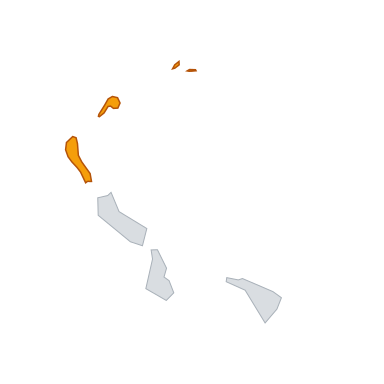 location of South Caicos and East Caicos within Turks and Caicos Islands, rotated 211°
{"feature_id": "TCA-5006", "entity_name": "South Caicos and East Caicos", "entity_type": "state/province", "adm_level": 1, "iso_a3": "TCA", "parent_name": "Turks and Caicos Islands", "parent_adm1": "", "projection": "albers", "projection_center": [-71.559, 21.528], "detail": "fine", "context": "in_parent", "style": "filled", "palette": "amber", "viewbox_px": 384, "rotation_deg": 211, "n_neighbors": 0, "source": "natural_earth", "source_scale": "10m", "svg_char_len": 1117}
<svg xmlns="http://www.w3.org/2000/svg" viewBox="0 0 384 384"><g transform="rotate(211 192 192)"><path d="M262.4,145.6L261.2,150.0L244.4,137.6L211.9,137.4L206.8,120.4L219.2,117.6L260.4,123.7L269.8,138.5L262.4,145.6ZM61.9,117.4L95.9,135.2L116.5,132.7L118.1,136.5L107.0,140.5L104.2,143.8L71.3,148.3L60.9,147.4L58.9,135.4L61.9,117.4ZM197.2,121.3L191.9,124.7L174.6,113.6L172.2,104.7L166.0,104.2L155.7,96.2L158.2,85.8L181.8,85.4L191.3,114.2L197.2,121.3Z" fill="#d9dde1" stroke="#a8b0b8" stroke-width="1"/><path d="M308.3,164.9L302.0,161.0L288.8,155.3L283.6,149.3L285.0,148.4L286.2,147.9L287.2,147.0L287.9,145.1L297.8,151.7L303.1,153.8L310.4,155.9L316.4,158.4L322.1,163.1L325.1,169.8L322.8,178.1L319.3,178.8L315.1,174.5L308.3,164.9ZM311.2,208.7L311.8,210.6L311.6,221.3L311.8,228.6L309.4,232.9L304.4,234.5L299.5,231.2L298.8,225.7L302.4,223.2L306.0,223.7L308.0,222.1L308.1,214.4L310.2,208.8L311.2,208.7ZM270.5,289.3L272.1,287.6L272.3,292.1L270.4,297.2L268.5,294.4L270.5,289.3ZM254.4,295.5L256.7,294.0L258.5,293.3L257.2,295.7L252.0,298.6L251.0,298.0L254.4,295.5Z" fill="#f59e0b" stroke="#b45309" stroke-width="1.5"/></g></svg>